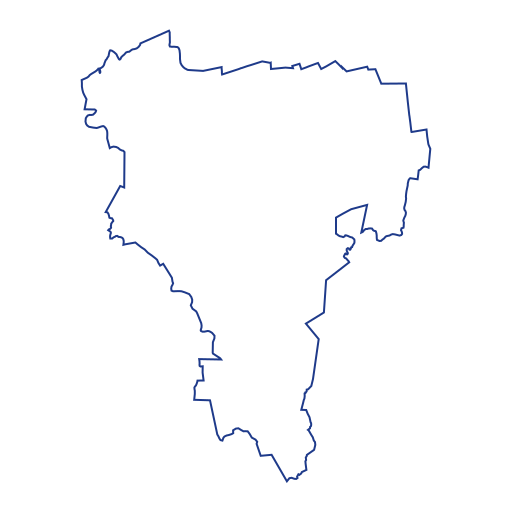 Saltabarranca, Veracruz, Mexico (Albers equal-area conic projection)
{"feature_id": "50627088B82399899546067", "entity_name": "Saltabarranca", "entity_type": "district", "adm_level": 2, "iso_a3": "MEX", "parent_name": "Mexico", "parent_adm1": "Veracruz", "projection": "albers", "projection_center": [-95.526, 18.547], "detail": "fine", "context": "isolated", "style": "outline", "palette": "blue", "viewbox_px": 512, "rotation_deg": 0, "n_neighbors": 0, "source": "geoboundaries", "source_scale": "gbopen_adm2", "svg_char_len": 5944}
<svg xmlns="http://www.w3.org/2000/svg" viewBox="0 0 512 512"><path d="M405.9,83.5L381.3,83.7L375.4,69.2L368.3,69.6L367.2,66.7L346.6,71.4L342.0,67.0L342.0,67.8L338.5,64.2L335.3,61.1L326.2,66.4L321.2,69.0L318.0,63.0L315.7,63.8L308.4,66.5L306.2,67.4L301.3,69.2L299.5,63.8L292.3,66.0L293.0,68.2L285.4,67.6L271.0,69.0L270.7,62.7L270.3,62.9L267.2,62.3L262.2,61.4L251.0,65.0L247.0,66.2L241.8,68.0L240.5,68.3L240.0,68.6L238.0,69.3L222.1,74.5L221.9,73.1L221.9,71.3L221.6,68.2L221.6,67.1L203.1,70.9L188.6,70.0L187.4,69.8L186.6,69.3L184.7,68.3L183.2,67.0L181.7,65.2L180.5,62.9L180.0,59.1L180.0,56.1L179.9,53.6L179.5,50.3L178.8,48.3L177.6,47.1L173.9,46.7L171.9,46.8L169.9,46.5L169.4,45.1L169.9,42.3L169.8,39.4L169.8,37.3L169.7,34.2L169.7,32.4L169.0,30.7L140.4,43.4L140.1,44.9L138.6,46.9L136.7,48.4L134.5,49.1L132.9,49.3L131.7,49.8L129.3,51.7L127.5,51.9L126.0,52.5L124.2,54.6L122.7,55.8L121.2,57.3L120.6,58.8L119.9,59.5L119.5,59.6L118.9,59.1L117.3,56.2L116.5,54.4L115.4,53.3L113.9,52.0L111.7,50.6L110.2,50.3L109.9,50.6L109.3,52.2L108.5,56.2L107.6,57.4L106.5,59.4L105.7,60.1L104.4,63.4L104.2,64.4L103.9,65.1L102.9,66.6L101.3,67.8L100.3,68.3L99.2,68.5L99.5,68.9L99.9,69.9L100.2,70.9L100.3,71.5L100.3,72.3L100.1,72.8L99.9,72.9L99.6,72.5L99.5,71.9L99.4,71.2L99.2,70.2L98.8,69.6L98.0,69.1L96.7,70.5L95.2,71.6L91.2,74.0L89.7,75.1L88.6,76.5L87.1,77.6L85.6,78.3L81.7,80.0L81.9,83.1L81.9,86.5L82.4,89.7L83.2,92.7L84.2,94.9L85.9,98.1L86.5,99.2L84.6,109.3L94.7,109.5L95.5,110.0L96.1,110.7L95.7,111.8L95.2,112.6L94.1,113.7L93.0,114.7L91.1,115.0L89.6,114.9L87.8,115.5L86.8,116.6L85.8,118.2L85.5,121.6L86.1,123.9L87.2,125.5L89.0,126.8L93.3,127.6L96.7,128.0L98.1,127.6L100.9,126.6L102.4,126.2L103.3,126.1L104.3,126.6L105.6,128.0L106.5,129.5L107.1,131.1L107.3,133.0L107.3,135.0L107.2,137.3L107.2,138.5L107.5,139.7L109.8,148.1L111.3,147.2L113.5,146.6L116.2,147.0L118.1,147.9L119.9,149.5L121.7,150.4L123.3,150.8L124.5,152.1L124.2,187.5L120.2,186.0L105.7,212.1L107.5,212.4L108.4,213.8L109.0,215.7L109.4,217.7L110.3,218.1L112.0,218.3L113.2,220.3L113.2,221.2L112.5,221.8L112.0,222.6L111.2,223.6L111.1,225.1L110.8,226.1L111.1,227.3L111.0,227.9L110.6,228.3L110.1,228.9L109.2,229.2L108.6,229.7L108.2,230.2L109.9,231.3L110.6,231.9L110.9,232.9L110.3,234.8L110.1,235.9L110.1,237.3L110.3,238.5L112.2,238.5L113.1,237.7L114.0,237.1L114.9,236.8L115.8,236.1L117.2,235.9L118.0,236.4L118.4,236.9L119.9,237.0L120.9,237.2L122.4,237.9L123.3,239.2L123.7,240.9L123.7,242.3L123.4,244.8L125.3,244.3L135.4,242.5L137.6,244.4L141.2,247.2L144.7,249.5L147.8,252.7L151.8,255.5L155.4,258.3L157.1,259.8L158.4,262.9L159.4,264.5L160.1,265.6L163.2,263.8L171.3,276.8L171.9,277.8L172.5,281.7L173.1,283.2L172.6,284.6L171.5,286.6L171.3,288.0L171.2,288.6L171.4,289.9L171.5,290.6L172.1,290.9L172.8,291.2L174.0,291.3L175.2,291.2L179.4,291.1L181.6,291.3L182.8,291.7L184.7,292.3L189.2,294.1L191.3,297.0L192.2,299.7L192.1,302.2L190.8,305.3L192.5,308.7L196.2,311.4L197.2,313.3L201.2,323.1L201.6,325.5L201.5,327.5L200.7,330.2L200.9,330.9L202.5,331.7L204.2,331.7L207.6,331.0L208.8,331.1L210.4,331.8L212.1,332.9L214.5,335.7L214.4,338.4L212.9,342.2L212.7,352.8L213.0,353.6L220.2,358.3L221.1,359.5L199.2,359.1L199.5,361.4L199.6,363.5L199.5,365.0L199.7,366.0L200.5,366.5L202.7,366.3L202.6,372.6L203.6,380.5L197.5,380.6L197.2,382.1L196.6,383.9L195.9,385.5L194.9,386.6L194.4,387.6L194.5,389.1L194.8,390.8L194.8,394.0L194.2,399.8L210.0,400.3L217.3,434.5L218.6,436.6L218.9,437.5L219.6,438.8L220.5,440.1L222.4,440.6L223.5,437.6L224.5,436.5L226.6,435.5L228.9,435.0L231.6,434.1L233.2,433.2L233.1,430.3L235.9,428.6L238.4,428.3L241.1,430.0L243.5,431.3L245.0,431.2L247.7,431.3L249.7,434.0L251.8,437.6L255.5,439.6L257.2,441.8L256.6,443.8L260.7,455.8L271.6,454.8L286.9,481.3L289.4,478.2L291.6,477.8L294.4,478.8L296.3,478.9L297.5,478.0L297.1,476.6L298.4,474.3L299.3,474.9L301.2,473.5L301.8,472.1L306.4,469.9L305.6,463.7L305.4,461.3L306.1,460.0L305.8,457.5L306.7,456.1L306.9,454.9L314.1,449.8L315.3,444.9L315.0,442.1L313.8,440.5L312.8,437.3L311.4,435.1L308.7,430.4L308.0,429.9L310.0,428.3L310.1,426.9L310.9,426.2L311.2,425.0L311.1,423.1L310.6,422.3L309.5,417.2L307.7,413.8L306.2,410.0L301.3,409.8L303.0,403.3L303.8,400.0L304.4,398.6L304.7,396.2L304.6,393.5L305.3,393.2L305.3,392.5L305.8,392.4L306.6,391.4L306.7,389.6L308.1,389.3L311.3,386.0L313.0,379.0L318.7,339.1L305.9,323.6L323.9,312.5L326.1,280.2L349.2,262.3L348.6,261.2L347.9,260.5L346.1,258.4L344.8,257.9L343.9,256.6L343.9,256.3L344.2,255.6L345.2,253.7L345.7,253.5L346.3,254.2L347.1,254.4L347.8,253.7L347.8,252.9L347.3,252.0L346.7,250.6L346.7,249.1L347.7,248.2L348.8,248.4L349.3,249.5L350.0,249.8L350.3,249.6L350.7,248.9L351.2,247.3L352.1,247.1L352.6,245.6L353.5,244.3L354.4,242.8L354.5,240.8L354.3,239.4L352.2,237.5L350.2,237.0L347.8,235.9L345.9,235.3L345.3,235.3L344.6,236.4L343.2,237.1L341.7,236.6L339.9,236.2L338.5,235.5L336.6,234.0L336.0,233.7L336.0,217.6L343.0,213.6L351.2,209.2L367.1,204.9L361.3,232.6L362.2,232.2L363.2,231.5L363.9,230.3L365.7,229.0L367.2,229.0L368.7,228.5L370.5,228.4L370.8,228.4L372.1,228.6L372.4,229.1L373.1,230.2L373.9,230.7L374.9,231.0L375.6,231.1L376.0,231.8L376.5,233.8L376.7,235.5L376.7,237.0L376.8,238.7L377.0,239.9L378.6,240.6L379.5,241.0L381.2,240.8L382.4,239.6L383.9,238.6L385.2,237.1L386.3,236.2L389.6,235.5L391.1,234.6L392.7,234.1L394.9,234.4L399.6,235.6L401.3,235.0L402.1,233.9L402.0,232.5L401.6,231.3L401.0,230.2L401.5,228.3L403.5,227.7L403.7,226.3L403.7,225.2L403.9,222.6L403.5,221.5L403.3,220.4L404.3,217.7L405.3,215.8L405.8,214.0L405.9,212.5L405.4,211.0L404.6,210.0L404.2,208.5L404.3,207.1L404.9,205.2L405.7,201.9L406.1,198.6L405.9,196.7L406.1,194.0L406.5,191.1L406.9,189.2L407.7,185.5L407.8,183.4L408.6,180.1L409.6,178.7L410.2,178.2L417.6,179.3L418.1,175.6L418.7,170.4L420.2,169.8L421.8,168.2L423.7,166.7L425.4,166.6L427.3,167.2L428.5,167.7L430.3,148.8L428.5,144.6L428.3,143.8L427.2,136.5L426.5,129.5L411.6,132.0L411.4,131.9L410.3,122.5L409.4,115.7L409.3,115.4L407.8,101.9L405.9,83.5Z" fill="none" stroke="#1e3a8a" stroke-width="2"/></svg>